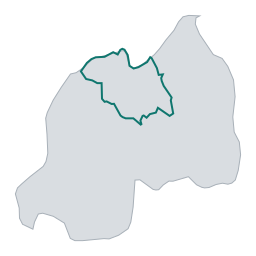 Northern on a map of Rwanda (Natural Earth projection)
{"feature_id": "RWA-3494", "entity_name": "Northern", "entity_type": "Province", "adm_level": 1, "iso_a3": "RWA", "parent_name": "Rwanda", "parent_adm1": "", "projection": "natural_earth1", "projection_center": [29.92, -1.616], "detail": "coarse", "context": "in_parent", "style": "outline", "palette": "teal", "viewbox_px": 256, "rotation_deg": 0, "n_neighbors": 0, "source": "natural_earth", "source_scale": "10m", "svg_char_len": 1686}
<svg xmlns="http://www.w3.org/2000/svg" viewBox="0 0 256 256"><path d="M95.6,57.3L99.3,57.2L123.3,50.5L125.7,52.6L129.6,65.5L131.7,67.4L135.0,67.9L141.8,64.9L154.2,54.8L159.6,48.7L165.9,40.0L174.0,30.3L178.6,21.8L183.0,16.8L188.8,15.4L195.2,15.7L199.7,15.9L196.0,17.9L195.3,24.1L199.5,34.1L213.3,54.6L222.1,58.4L227.8,66.4L233.5,79.9L235.1,96.7L232.8,117.0L234.2,132.1L239.3,142.0L240.6,154.8L238.2,170.5L235.3,180.0L231.8,183.1L227.9,184.2L222.5,183.2L216.1,184.5L209.0,187.5L204.6,187.9L201.8,187.3L196.6,184.8L188.4,176.7L173.0,181.2L168.9,181.1L163.3,184.9L158.7,189.7L155.9,190.0L153.1,189.4L139.9,179.8L135.0,180.1L133.1,207.1L130.8,222.1L128.1,228.7L118.7,235.2L109.1,238.9L103.9,238.6L83.0,240.6L74.8,240.6L70.3,238.4L64.4,223.1L53.3,216.3L42.7,213.2L38.3,214.0L34.5,222.0L32.9,229.2L22.6,224.3L19.5,218.2L19.2,208.0L15.4,193.9L17.5,187.9L21.5,184.1L30.1,176.6L43.2,166.4L46.0,161.5L47.8,153.3L47.0,134.3L45.7,118.2L47.3,112.5L53.2,100.1L61.2,87.4L70.5,74.0L76.1,72.7L83.5,67.6L91.3,60.1L95.6,57.3Z" fill="#d9dde1" stroke="#a8b0b8" stroke-width="1"/><path d="M133.6,68.5L138.4,67.2L147.1,62.1L150.2,57.2L151.6,58.1L156.9,68.1L158.7,74.9L162.8,74.4L161.2,78.1L161.7,80.9L163.7,85.9L171.6,97.5L170.8,100.4L173.2,113.5L169.6,115.9L157.9,107.8L155.9,112.6L149.9,114.1L146.6,117.7L143.7,115.5L142.6,115.9L140.4,120.6L141.4,124.1L140.7,124.6L133.3,118.3L125.6,118.3L122.6,117.1L120.5,115.5L114.0,103.8L111.7,104.0L106.6,101.4L104.6,101.8L102.0,98.8L101.6,83.1L97.2,83.1L92.3,80.4L86.1,79.0L80.9,71.4L86.9,62.9L91.4,59.1L95.7,57.3L104.6,56.8L113.2,52.2L117.7,54.5L120.3,49.9L122.3,48.8L124.5,49.7L127.7,55.0L129.5,65.8L133.6,68.5Z" fill="none" stroke="#0f766e" stroke-width="2"/></svg>